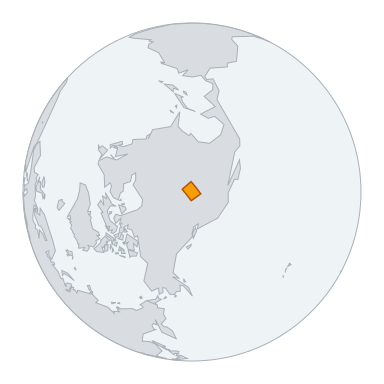 Wyoming on an orthographic globe, rotated 232°
{"feature_id": "USA-3527", "entity_name": "Wyoming", "entity_type": "State", "adm_level": 1, "iso_a3": "USA", "parent_name": "United States of America", "parent_adm1": "", "projection": "orthographic", "projection_center": [-107.983, 43.0], "detail": "fine", "context": "on_globe", "style": "filled", "palette": "amber", "viewbox_px": 384, "rotation_deg": 232, "n_neighbors": 0, "source": "natural_earth", "source_scale": "10m", "svg_char_len": 11408}
<svg xmlns="http://www.w3.org/2000/svg" viewBox="0 0 384 384"><g transform="rotate(232 192 192)"><circle cx="192" cy="192" r="169" fill="#eef3f6" stroke="#a8b0b8"/><path d="M37.6,260.4L38.0,261.4L37.6,260.4ZM300.6,321.4L298.7,323.0L298.4,323.2L287.0,331.7L274.9,339.2L262.3,345.6L268.1,342.4L276.9,336.4L289.5,319.4L288.0,317.3L278.6,317.8L267.6,307.5L271.8,299.2L268.8,296.9L278.5,282.4L275.1,273.1L271.5,272.9L268.3,278.2L255.2,275.7L249.6,268.6L204.5,262.3L198.9,258.1L197.3,250.4L175.0,224.1L188.1,249.2L180.8,244.7L173.6,235.7L176.0,233.5L169.1,219.9L161.6,214.4L155.6,196.3L159.6,173.5L163.0,177.4L163.6,171.8L159.4,166.7L156.5,164.8L152.8,141.7L140.1,127.5L132.1,128.6L137.0,124.4L119.1,130.6L109.7,128.2L122.9,127.6L126.1,125.2L120.9,121.7L123.2,118.4L122.0,115.0L125.1,111.6L132.5,112.0L134.7,109.9L130.9,107.6L131.6,103.1L136.9,106.6L138.7,99.2L151.5,99.3L163.0,113.2L172.6,111.7L191.0,122.2L191.8,118.9L199.3,121.3L203.0,118.4L205.4,121.5L206.3,116.6L203.5,114.3L202.9,111.4L204.9,109.6L208.2,113.2L207.7,114.6L209.7,114.8L210.6,117.4L211.3,115.1L215.1,119.9L214.2,112.6L219.7,114.3L221.4,118.2L217.4,121.1L211.5,138.5L212.0,144.0L216.8,148.5L233.9,149.9L236.1,155.0L241.8,159.4L242.4,154.9L238.1,149.9L240.6,143.1L235.0,138.3L235.3,134.9L231.1,129.0L235.9,126.6L242.8,127.6L246.5,132.5L249.6,133.2L249.5,126.1L259.6,133.4L271.9,135.2L274.0,137.7L272.2,146.4L263.7,152.2L261.4,165.0L267.1,153.5L272.5,160.6L275.1,160.6L277.3,158.5L276.9,154.7L279.6,156.7L274.9,168.3L272.4,166.7L273.9,162.9L270.0,165.9L266.8,174.5L269.8,177.7L262.0,188.4L264.0,191.0L263.4,195.0L260.7,190.1L265.4,199.4L256.7,215.4L262.8,231.8L252.2,221.4L245.6,221.9L238.1,224.5L239.0,227.2L227.8,227.8L219.6,235.7L219.4,249.7L225.5,258.8L237.6,256.5L240.0,250.2L248.1,246.7L245.0,262.9L259.8,260.5L259.9,271.4L264.6,275.2L271.3,271.3L278.4,270.9L282.5,263.0L289.5,256.2L290.7,264.2L293.8,254.7L298.3,256.4L311.6,247.5L310.9,250.1L322.3,251.5L332.8,246.1L335.2,249.3L334.2,253.8L337.4,251.2L337.4,253.3L348.5,241.3L352.6,237.8L351.5,244.9L346.0,259.6L336.3,279.9L325.2,295.7L319.2,303.2L318.3,304.2L309.8,313.2L300.6,321.4ZM73.8,225.3L74.4,221.7L75.9,225.1L73.8,225.3ZM73.6,218.8L73.7,220.2L73.4,218.9L73.6,218.8ZM72.6,217.4L73.4,218.4L72.4,217.6L72.6,217.4ZM71.2,215.9L72.0,216.5L71.9,216.6L71.2,215.9ZM263.4,237.6L280.2,239.0L272.0,243.7L273.3,241.6L268.8,240.0L260.8,239.9L253.3,244.3L263.4,237.6ZM69.3,212.5L68.9,211.6L69.8,211.9L69.3,212.5ZM267.9,225.8L265.1,226.3L267.7,225.1L267.9,225.8ZM154.8,164.6L159.1,167.0L162.0,173.0L158.2,171.3L154.8,164.6ZM149.5,153.7L152.1,153.7L151.2,159.3L150.0,157.6L149.5,153.7ZM125.9,130.3L128.9,132.0L125.2,131.6L125.9,130.3ZM121.2,115.2L119.7,115.8L119.7,113.8L121.2,115.2ZM228.8,130.8L229.9,129.9L230.1,131.5L228.8,130.8ZM225.9,129.1L225.2,131.5L223.8,131.1L224.2,129.6L225.9,129.1ZM124.5,106.9L125.1,103.7L125.8,106.9L124.5,106.9ZM227.0,126.3L221.3,130.1L218.7,129.4L218.1,123.2L227.0,126.3ZM126.2,101.8L127.4,94.4L124.0,95.1L134.3,89.4L129.9,97.4L131.3,101.2L128.6,100.2L126.2,101.8ZM201.7,114.3L204.9,116.7L200.5,116.5L201.7,114.3ZM199.0,114.9L186.3,119.0L182.6,114.9L187.6,114.2L181.4,110.5L185.9,106.5L190.3,107.6L191.8,111.0L192.4,106.9L199.0,114.9ZM139.8,87.7L141.2,86.1L141.1,87.9L139.8,87.7ZM202.4,110.3L200.1,111.3L196.8,107.8L200.7,105.0L200.5,107.0L202.4,110.3ZM177.6,111.6L175.8,108.7L178.9,104.5L178.7,102.9L185.7,106.0L177.6,111.6ZM202.3,106.9L202.8,103.8L206.1,103.9L204.4,109.0L202.3,106.9ZM194.3,108.1L192.9,106.3L194.9,106.4L194.3,108.1ZM218.2,102.9L215.6,104.0L213.6,102.2L218.2,102.9ZM202.7,102.6L201.6,102.6L200.5,102.1L201.5,100.1L202.7,102.6ZM187.4,103.0L189.1,102.0L184.7,101.5L186.9,98.6L191.2,101.3L190.3,98.9L190.9,98.0L193.7,101.2L187.4,103.0ZM199.3,96.6L205.5,99.4L210.8,97.6L212.7,99.1L203.9,101.8L199.3,96.6ZM195.8,99.0L198.4,97.8L199.4,100.2L198.3,102.4L195.8,99.0ZM186.8,95.7L182.4,99.4L181.6,98.8L186.8,95.7ZM200.7,95.6L199.1,95.0L200.9,95.2L200.7,95.6ZM190.9,95.1L189.4,96.5L188.5,95.6L190.9,95.1ZM197.3,92.7L199.3,93.5L198.6,95.0L197.3,92.7ZM194.2,93.4L193.4,91.9L197.1,95.1L193.7,94.1L194.2,93.4ZM190.3,94.1L189.3,94.0L191.0,93.6L190.3,94.1ZM198.9,86.7L203.8,90.3L202.2,93.5L197.6,89.6L198.9,86.7ZM286.5,52.0L285.6,51.5L270.1,42.3L261.6,38.1L274.4,44.5L286.5,52.0ZM255.3,35.3L260.8,38.1L254.3,35.6L262.4,39.1L261.5,38.4L266.6,40.8L267.7,41.7L265.3,40.6L268.6,42.7L279.0,47.7L289.9,54.9L291.4,55.4L295.4,58.5L294.5,58.8L292.0,57.4L293.0,61.9L296.5,63.9L295.8,60.0L297.5,61.7L302.3,65.1L300.0,63.9L299.7,68.4L307.2,77.3L322.4,93.0L325.5,99.1L325.5,103.3L314.1,95.1L308.4,82.5L304.3,80.0L300.5,81.6L299.1,77.8L296.9,77.1L294.2,72.7L285.6,66.5L282.2,62.5L274.1,60.3L271.2,58.1L276.8,59.9L278.9,59.3L269.8,50.6L266.7,48.9L262.2,48.4L260.2,46.3L257.0,46.9L249.5,42.8L255.9,48.5L250.8,48.6L243.7,46.6L243.1,47.8L254.7,51.3L258.3,51.8L259.5,50.5L270.2,53.6L274.4,56.7L267.5,57.8L272.7,62.4L265.1,61.8L238.5,52.0L229.8,48.2L225.3,40.0L230.1,40.1L234.0,43.0L234.7,39.5L232.6,40.1L231.0,38.6L225.6,38.8L224.2,37.8L221.5,40.0L219.2,38.8L221.0,37.4L211.1,37.3L205.1,35.5L203.5,36.0L203.6,37.1L195.9,34.4L195.0,35.0L197.3,36.0L197.1,37.8L193.8,40.2L191.3,39.1L192.2,38.1L190.2,34.7L192.9,32.6L191.5,32.4L188.6,34.1L191.0,38.2L189.7,40.0L187.9,37.9L188.4,38.8L187.0,39.4L183.3,39.1L185.0,41.3L172.7,50.5L164.3,51.3L164.0,48.1L152.9,54.8L144.2,55.9L146.3,56.8L142.3,61.0L145.0,60.7L145.7,61.4L136.7,73.3L132.7,75.5L131.1,82.4L132.2,82.9L135.1,81.6L134.3,89.4L124.0,95.1L122.1,93.5L117.0,98.4L113.4,94.3L108.1,93.5L107.2,86.7L103.1,86.9L101.5,88.9L94.7,91.1L86.1,89.3L99.9,81.9L114.2,84.6L109.0,82.5L112.2,80.5L111.6,78.4L107.7,77.4L106.0,78.7L110.2,65.9L105.0,61.0L100.4,66.4L95.2,69.4L85.2,70.5L84.9,62.8L77.9,68.3L75.9,69.7L78.5,66.9L81.5,64.8L86.3,60.8L87.5,60.2L92.7,55.6L94.8,54.6L97.8,51.9L94.1,54.4L88.7,58.5L89.9,57.4L100.1,50.2L110.8,43.8L122.0,38.2L133.5,33.5L145.3,29.6L157.4,26.6L169.7,24.5L182.1,23.3L194.6,23.1L207.0,23.7L219.4,25.3L231.6,27.7L243.6,31.1L255.3,35.3ZM358.7,164.7L355.4,159.9L352.5,150.1L348.8,144.1L326.1,100.3L324.9,95.2L311.1,74.7L310.1,73.0L315.6,77.8L310.8,71.8L318.9,80.4L326.3,89.5L333.2,99.2L339.3,109.3L344.7,119.7L349.4,130.6L353.3,141.7L356.4,153.1L358.7,164.7ZM338.1,116.1L339.7,118.1L338.1,116.1ZM230.6,27.5L229.6,27.3L232.9,28.2L243.5,31.1L243.1,31.0L230.6,27.5ZM312.0,247.1L313.7,247.6L311.7,249.1L312.0,247.1ZM271.6,247.8L274.8,246.6L276.7,247.3L274.4,248.7L271.6,247.8ZM296.9,235.4L300.2,234.2L297.0,236.9L296.9,235.4ZM282.6,238.9L294.2,236.6L288.0,242.8L280.6,244.3L285.3,241.2L282.6,238.9ZM267.8,231.7L270.0,231.6L269.8,233.5L267.8,231.7ZM269.8,225.0L269.0,225.5L267.7,224.5L269.8,225.0ZM272.7,159.8L273.2,159.0L275.7,157.6L275.2,159.7L272.7,159.8ZM282.8,144.1L286.9,147.6L283.6,146.3L283.7,149.7L276.9,151.4L274.8,139.0L277.0,144.2L282.8,144.1ZM267.3,150.9L271.8,150.8L266.9,151.4L267.3,150.9ZM287.0,78.7L287.7,77.1L291.1,78.8L295.4,84.9L290.6,82.4L287.0,78.7ZM287.9,74.5L280.0,74.4L277.0,71.0L280.0,72.9L278.8,70.6L283.4,73.0L288.3,70.2L291.6,71.6L297.8,81.5L294.0,77.3L293.5,79.0L287.9,74.5ZM264.8,83.9L261.3,84.7L259.4,75.9L262.9,76.2L267.4,82.0L265.9,85.2L264.8,83.9ZM227.1,115.0L225.9,116.6L224.9,115.5L225.2,113.3L227.1,115.0ZM217.2,103.5L231.4,107.4L230.7,109.3L239.9,109.7L241.7,115.0L235.7,114.4L243.9,119.1L239.2,120.7L245.0,123.4L231.5,121.6L227.6,123.5L231.3,119.3L229.7,114.3L227.9,112.8L219.8,109.9L210.7,112.0L207.7,107.8L208.0,104.3L209.8,103.1L211.2,106.1L212.5,102.4L215.8,106.0L217.2,103.5ZM213.4,70.2L214.3,73.3L217.5,68.1L220.8,70.9L221.0,70.2L224.9,71.5L230.0,71.8L231.0,73.5L232.6,72.9L235.2,73.9L237.7,73.8L240.3,76.9L243.5,77.0L242.9,78.4L247.8,77.9L245.3,79.7L248.5,81.4L249.3,78.8L257.1,97.4L262.4,104.4L268.1,109.5L263.1,112.4L254.5,109.7L245.0,104.3L240.7,97.4L239.2,100.2L236.7,97.7L238.9,96.6L234.0,97.0L232.5,94.7L224.1,91.1L217.9,93.5L214.6,92.4L216.3,90.4L211.9,90.7L212.9,86.2L210.6,85.4L209.3,80.4L213.9,77.2L211.0,76.6L209.9,72.9L213.4,70.2ZM198.7,85.3L203.5,80.4L207.6,79.7L208.2,88.9L210.1,90.2L210.6,96.4L204.5,97.4L205.0,95.5L204.0,93.9L206.2,94.2L203.7,92.8L204.1,90.2L202.3,88.4L204.3,87.3L198.7,85.3ZM306.5,69.6L305.2,68.1L302.7,65.6L305.6,67.8L306.5,69.6ZM306.6,72.7L305.1,71.0L308.0,72.5L309.3,74.2L306.6,72.7ZM301.7,69.0L304.7,70.8L303.9,70.8L301.7,69.0ZM275.2,58.5L273.3,57.0L274.1,56.8L276.3,57.7L275.2,58.5ZM223.5,56.6L223.4,58.2L222.2,58.0L218.7,60.6L215.9,58.9L217.0,56.7L223.5,56.6ZM295.0,58.1L294.5,57.7L294.1,57.4L295.0,58.1ZM219.9,55.1L218.8,56.3L218.1,54.8L219.9,55.1ZM213.7,57.8L212.5,56.1L215.2,59.0L213.7,57.8ZM194.7,44.6L202.7,42.7L206.6,40.8L206.0,38.5L210.3,41.2L204.3,44.1L194.7,44.6ZM175.7,49.8L176.3,52.1L173.8,52.0L173.3,51.4L175.7,49.8ZM177.7,50.6L182.7,51.9L181.6,53.8L177.8,52.4L177.7,50.6ZM201.6,52.6L204.1,52.1L204.6,53.3L201.6,52.6ZM38.0,261.3L36.8,258.9L37.6,260.4L38.0,261.3ZM67.7,78.2L69.7,76.4L67.8,78.8L67.0,79.3L67.7,78.2ZM63.7,85.9L68.0,78.9L71.8,73.8L69.5,76.2L68.3,77.0L73.0,72.3L72.1,74.3L68.8,78.6L70.5,77.9L69.4,80.8L73.1,78.7L73.4,79.8L69.0,83.2L63.7,85.9ZM74.8,77.6L80.9,76.1L76.3,81.9L74.0,83.5L73.2,81.7L75.6,78.7L74.8,77.6ZM81.0,77.6L83.4,74.8L97.3,69.0L99.1,69.3L86.2,76.2L87.7,74.0L85.1,74.6L81.0,77.6ZM139.6,85.8L141.0,86.1L139.2,87.0L139.6,85.8ZM147.2,61.2L147.8,62.4L145.7,63.2L147.2,61.2ZM148.4,66.3L150.4,64.5L149.4,66.8L148.4,66.3ZM154.7,60.5L151.7,64.0L153.1,60.1L154.7,60.5Z" fill="#d9dde1" stroke="#a8b0b8" stroke-width="1"/><path d="M185.2,197.8L185.2,197.6L185.2,197.4L185.2,197.2L185.2,196.9L185.2,196.7L185.2,196.3L185.2,196.1L185.2,195.9L185.2,195.7L185.3,195.6L185.3,195.4L185.3,195.2L185.3,194.8L185.3,194.4L185.3,193.9L185.3,193.4L185.3,193.0L185.4,192.5L185.4,192.1L185.4,191.6L185.4,191.1L185.4,190.7L185.4,190.2L185.5,189.8L185.5,189.3L185.5,188.8L185.5,188.4L185.5,187.9L185.5,187.5L185.6,187.4L185.6,187.2L185.6,186.9L185.6,186.7L185.6,186.4L185.6,186.2L185.9,186.0L186.2,186.0L186.4,186.0L186.6,186.0L186.8,186.0L187.1,186.0L187.3,186.0L187.5,186.0L187.8,186.1L188.0,186.1L188.4,186.1L188.7,186.1L188.9,186.1L189.1,186.1L189.3,186.1L189.6,186.1L189.8,186.1L190.0,186.1L190.5,186.1L190.9,186.1L191.2,186.1L191.4,186.1L191.6,186.1L191.8,186.1L192.1,186.1L192.3,186.1L192.5,186.1L193.0,186.1L193.4,186.1L193.6,186.1L193.9,186.1L194.1,186.1L194.3,186.1L194.6,186.1L194.8,186.1L195.0,186.1L195.5,186.1L195.9,186.1L196.1,186.1L196.4,186.0L196.6,186.0L196.8,186.0L197.1,186.0L197.3,186.0L197.5,186.0L198.0,186.0L198.4,186.0L198.6,186.0L198.9,186.0L199.1,186.0L199.3,186.0L199.5,185.9L199.8,185.9L200.0,185.9L200.2,186.3L200.2,186.7L200.2,187.0L200.3,187.4L200.3,187.8L200.3,188.1L200.3,188.5L200.3,188.9L200.3,189.2L200.4,189.6L200.4,190.0L200.4,190.3L200.4,190.7L200.4,191.1L200.5,191.4L200.5,191.8L200.5,192.2L200.5,192.5L200.5,192.9L200.5,193.3L200.6,193.6L200.6,194.0L200.6,194.4L200.6,194.7L200.6,195.1L200.6,195.5L200.7,195.9L200.7,196.2L200.7,196.6L200.7,197.0L200.7,197.3L200.7,197.7L200.1,197.7L199.8,197.7L199.4,197.7L199.1,197.8L198.7,197.8L198.4,197.8L198.0,197.8L197.7,197.8L197.3,197.8L197.0,197.8L196.6,197.8L196.3,197.8L195.9,197.9L195.6,197.9L195.2,197.9L194.9,197.9L194.5,197.9L194.2,197.9L193.8,197.9L193.5,197.9L193.1,197.9L192.8,197.9L192.4,197.9L192.1,197.9L191.7,197.9L191.4,197.9L191.0,197.9L190.7,197.9L190.3,197.9L190.0,197.9L189.6,197.9L189.4,197.9L189.1,197.9L188.8,197.9L188.5,197.9L188.2,197.9L187.7,197.8L187.4,197.8L187.1,197.8L186.8,197.8L186.6,197.8L186.3,197.8L186.0,197.8L185.7,197.8L185.2,197.8L185.2,197.8Z" fill="#f59e0b" stroke="#b45309" stroke-width="1.5"/></g></svg>